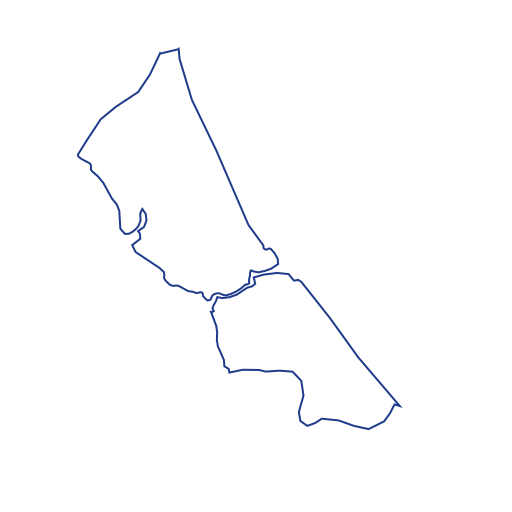 SVG path tracing the border of Istanbul, rotated 41°
{"feature_id": "TUR-2265", "entity_name": "Istanbul", "entity_type": "Province", "adm_level": 1, "iso_a3": "TUR", "parent_name": "Turkey", "parent_adm1": "", "projection": "mercator", "projection_center": [28.93, 41.208], "detail": "fine", "context": "isolated", "style": "outline", "palette": "blue", "viewbox_px": 512, "rotation_deg": 41, "n_neighbors": 0, "source": "natural_earth", "source_scale": "10m", "svg_char_len": 2018}
<svg xmlns="http://www.w3.org/2000/svg" viewBox="0 0 512 512"><g transform="rotate(41 256 256)"><path d="M61.9,150.6L69.0,157.4L105.1,180.2L156.8,202.4L230.1,237.6L253.8,243.0L255.0,243.5L255.6,244.2L256.2,244.9L257.7,245.2L259.6,244.5L261.1,241.5L262.7,240.9L268.3,241.7L274.4,244.0L278.0,247.6L275.8,255.5L272.6,261.3L268.5,266.8L264.4,269.2L261.7,270.1L262.3,272.2L264.2,274.6L265.6,277.3L267.2,279.5L267.6,280.0L268.8,280.9L268.3,282.7L267.3,284.2L266.8,284.3L265.9,290.5L264.2,296.2L262.0,301.1L259.5,305.0L257.5,306.6L253.3,308.0L251.3,309.4L249.5,312.2L249.1,313.9L249.2,315.2L249.5,316.6L250.2,317.7L250.1,319.4L248.7,321.2L247.6,321.5L242.5,321.1L240.5,319.3L239.1,319.0L237.7,319.9L235.7,322.8L234.9,323.4L232.3,324.1L227.9,327.0L218.5,329.0L216.2,329.8L214.8,330.9L213.8,332.3L212.3,333.4L209.5,334.2L203.7,333.9L200.9,332.9L199.7,330.9L197.1,328.6L191.2,328.3L162.6,332.0L155.4,329.0L157.4,319.0L154.6,316.1L152.9,315.1L150.7,314.6L152.4,307.4L150.0,301.0L145.1,296.6L139.4,295.1L140.6,299.7L145.7,305.1L147.6,310.4L147.7,313.6L147.1,318.2L145.5,322.6L142.6,325.3L135.7,324.4L123.3,311.7L117.3,308.5L109.4,307.1L92.8,301.0L84.6,299.6L76.4,299.6L74.5,298.9L71.9,295.8L69.9,295.1L61.0,297.2L56.8,297.5L55.1,296.5L52.3,278.9L49.1,254.6L52.3,235.5L59.5,209.5L56.9,188.6L50.6,165.9L51.0,166.0L61.9,150.7L61.9,150.6ZM312.4,361.4L309.4,359.1L304.5,360.0L300.0,355.5L286.5,349.2L281.6,345.1L276.6,338.9L271.8,334.8L258.7,327.7L259.6,327.1L259.8,326.9L259.8,326.6L260.3,325.3L257.5,324.1L256.3,320.8L255.4,316.5L253.8,312.4L258.2,309.9L263.0,304.5L266.8,297.9L270.1,285.9L273.0,281.3L273.6,277.5L268.4,273.7L274.0,265.0L283.0,255.0L292.4,248.3L299.6,249.5L301.1,249.5L303.5,246.3L307.2,245.8L352.0,254.2L399.5,265.4L462.9,274.9L457.9,277.1L460.3,286.8L461.2,296.8L454.5,312.8L441.5,319.9L426.2,325.9L412.4,335.6L410.2,343.3L406.2,350.5L397.7,351.4L390.7,345.6L383.4,330.2L372.1,320.5L359.5,319.3L349.0,327.1L339.0,337.0L333.1,340.0L320.6,350.6L312.4,361.4Z" fill="none" stroke="#1e3a8a" stroke-width="2"/></g></svg>